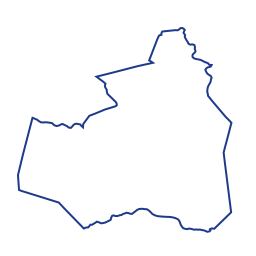 Pentecoste, Ceará, Brazil (Equal Earth projection), rotated 93°
{"feature_id": "56859067B67675566345741", "entity_name": "Pentecoste", "entity_type": "district", "adm_level": 2, "iso_a3": "BRA", "parent_name": "Brazil", "parent_adm1": "Ceará", "projection": "equal_earth", "projection_center": [-39.18, -3.876], "detail": "fine", "context": "isolated", "style": "outline", "palette": "blue", "viewbox_px": 256, "rotation_deg": 93, "n_neighbors": 0, "source": "geoboundaries", "source_scale": "gbopen_adm2", "svg_char_len": 2524}
<svg xmlns="http://www.w3.org/2000/svg" viewBox="0 0 256 256"><g transform="rotate(93 128 128)"><path d="M122.8,223.9L159.4,231.4L180.8,235.4L195.6,233.6L196.5,230.8L205.4,195.8L206.0,193.3L212.3,186.7L230.7,166.8L229.7,165.1L229.3,162.5L228.0,161.5L226.5,160.4L226.5,158.8L225.2,157.0L224.2,155.4L223.2,154.3L223.6,152.3L224.6,149.9L224.2,147.8L223.6,145.8L222.5,143.8L221.6,142.1L220.6,140.5L218.5,140.1L216.6,139.3L216.0,137.9L216.6,135.9L216.4,133.6L215.6,131.9L215.2,129.9L214.1,128.5L213.4,126.5L212.7,125.0L212.9,123.2L213.5,121.4L213.6,119.6L212.3,118.0L211.2,116.7L209.4,114.7L208.4,112.9L208.1,111.3L207.9,109.4L208.1,107.7L208.2,104.7L209.4,102.7L210.9,100.9L212.5,99.3L213.8,96.6L214.5,93.6L214.6,91.2L214.7,89.3L214.7,87.6L214.7,84.7L214.6,83.0L214.7,81.3L214.8,79.3L215.4,76.3L216.3,73.8L217.4,72.4L218.7,71.6L222.2,70.1L224.0,68.7L225.2,67.5L225.7,65.5L225.9,63.3L225.2,61.9L225.5,59.2L226.0,57.4L226.0,55.8L225.7,54.2L226.0,52.6L225.6,51.0L226.0,49.0L226.4,46.1L227.5,43.5L226.9,41.1L225.9,40.3L224.8,40.9L223.9,39.2L224.1,36.6L206.8,20.6L160.1,29.0L147.6,31.2L142.9,30.3L130.2,27.6L117.3,25.0L111.6,31.2L105.9,36.6L95.7,46.2L91.6,49.8L90.4,49.9L88.9,50.4L87.4,50.8L85.7,50.7L84.0,50.6L82.4,50.2L80.7,49.5L79.1,48.6L77.8,48.0L76.4,47.8L75.1,47.7L73.5,47.1L71.8,48.0L70.9,49.5L70.2,50.8L69.2,51.9L67.4,53.1L65.7,53.8L64.2,52.8L63.3,51.6L62.9,50.0L62.1,48.4L60.7,47.8L60.6,50.2L59.0,51.7L58.1,54.8L57.1,56.9L56.2,59.1L55.7,62.2L55.5,64.0L54.9,65.8L53.8,67.2L52.4,67.4L51.0,67.1L49.4,65.5L48.1,64.6L46.4,65.1L44.9,65.5L43.5,65.4L41.7,66.0L41.1,68.1L41.5,70.2L40.6,72.1L39.2,72.7L38.1,73.6L36.5,74.6L35.2,75.5L33.9,76.1L32.2,75.8L31.2,76.7L29.9,77.5L28.4,77.0L27.0,76.5L26.1,77.5L25.3,78.9L25.5,80.8L26.6,81.8L27.8,83.4L27.8,85.7L28.1,87.7L28.5,90.3L29.2,94.7L29.6,97.4L30.0,98.9L31.6,99.6L33.2,99.5L34.0,101.8L37.6,103.3L59.4,110.4L60.4,108.4L61.6,106.5L63.4,113.1L64.9,118.6L65.9,122.1L74.3,148.8L78.4,162.2L82.9,155.4L84.9,152.8L86.7,153.3L88.5,152.9L89.7,152.1L91.0,151.2L92.3,151.2L93.8,150.7L95.0,150.3L102.7,141.5L104.2,140.6L105.8,140.4L106.8,141.4L107.4,142.8L110.8,152.1L115.4,161.7L117.8,167.2L126.3,172.9L129.7,173.0L128.2,174.8L126.9,175.9L126.7,177.8L126.4,179.9L126.9,181.4L127.8,182.6L129.1,183.5L130.9,185.1L130.6,187.4L129.3,189.0L128.4,191.3L127.4,193.7L128.1,195.4L128.9,196.7L129.8,199.1L129.2,201.7L128.2,202.8L127.2,203.9L126.9,205.7L126.7,207.9L126.6,210.4L126.9,213.2L126.9,215.2L125.8,217.3L124.5,219.2L123.7,221.3L122.8,223.9Z" fill="none" stroke="#1e3a8a" stroke-width="2"/></g></svg>